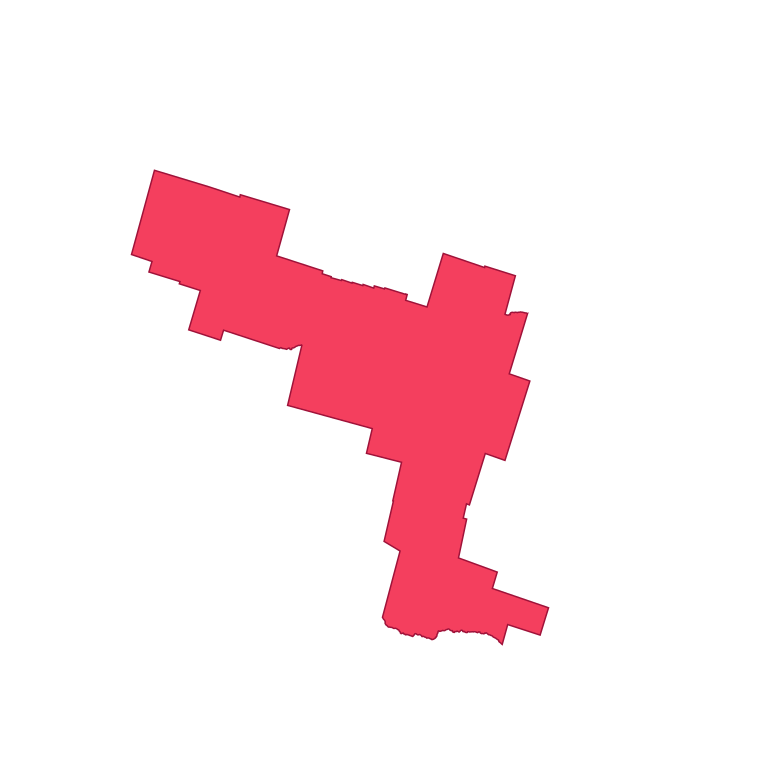 Tapalqué, Buenos Aires, Argentina, rotated 243°
{"feature_id": "61730980B32563213852789", "entity_name": "Tapalqué", "entity_type": "district", "adm_level": 2, "iso_a3": "ARG", "parent_name": "Argentina", "parent_adm1": "Buenos Aires", "projection": "robinson", "projection_center": [-60.563, -36.37], "detail": "fine", "context": "isolated", "style": "filled", "palette": "rose", "viewbox_px": 768, "rotation_deg": 243, "n_neighbors": 0, "source": "geoboundaries", "source_scale": "gbopen_adm2", "svg_char_len": 5939}
<svg xmlns="http://www.w3.org/2000/svg" viewBox="0 0 768 768"><g transform="rotate(243 384 384)"><path d="M614.0,217.8L598.5,232.9L590.5,225.4L567.9,248.7L566.2,247.1L550.7,262.8L520.9,234.6L497.2,258.2L504.8,265.5L463.1,307.0L463.2,307.3L463.2,307.5L463.2,308.1L463.3,308.4L463.2,308.7L462.6,309.2L462.3,309.2L461.9,309.5L461.1,310.7L460.4,311.6L460.3,311.9L460.1,312.2L459.6,312.4L459.3,312.7L459.1,313.0L459.2,313.7L459.2,314.2L459.3,314.6L459.3,314.9L459.2,315.1L459.1,315.7L458.9,316.0L458.3,315.9L457.8,316.1L457.6,316.2L457.3,316.2L456.8,317.1L456.8,317.5L457.1,317.7L457.5,317.9L457.7,318.4L457.6,319.2L457.3,319.6L457.2,319.9L457.2,320.3L457.3,321.4L457.3,321.8L457.4,322.2L457.5,322.6L457.5,323.0L457.4,323.2L457.3,323.6L457.3,324.0L457.3,324.7L457.3,325.0L457.1,325.6L456.9,325.8L456.6,326.6L456.3,327.5L456.2,328.0L456.2,328.3L455.8,328.4L408.7,288.4L349.6,353.3L330.2,336.9L306.3,364.1L275.9,338.8L275.5,339.3L243.7,312.6L227.9,322.5L176.8,276.7L176.2,276.7L175.8,276.8L174.7,276.8L173.5,277.2L173.2,277.3L172.8,277.2L172.0,277.2L171.6,277.2L171.2,277.0L170.9,276.8L170.7,276.5L170.3,276.4L169.9,276.3L168.8,276.4L168.5,276.4L168.1,276.6L167.7,276.9L166.2,277.3L165.8,277.4L165.5,277.6L165.2,277.9L165.0,278.3L164.8,278.7L164.6,279.0L163.9,279.8L163.6,280.5L163.3,280.7L163.1,280.9L162.3,281.3L161.8,281.7L161.6,282.0L161.3,283.0L161.1,283.4L160.2,284.2L159.9,284.4L159.1,284.6L158.9,284.9L158.3,285.4L158.0,285.5L157.0,285.4L156.7,285.5L156.4,285.7L155.5,285.8L155.2,285.8L154.9,285.6L154.7,285.6L154.5,285.8L154.2,285.8L153.8,285.9L153.7,286.1L153.7,286.5L153.6,286.9L153.5,287.4L153.5,287.7L153.3,287.9L153.3,288.0L153.2,288.2L152.9,288.1L152.6,288.1L152.4,288.3L152.2,288.3L151.7,288.9L151.5,289.1L151.2,289.1L151.1,289.3L150.8,289.4L150.5,289.6L150.5,290.0L150.6,290.4L150.5,290.6L150.4,290.6L150.0,291.2L149.5,291.6L149.3,291.8L149.2,292.1L149.0,292.3L148.4,292.7L148.1,293.0L147.9,293.1L147.6,293.6L147.2,293.9L147.0,294.1L146.3,294.6L146.1,294.8L146.0,295.1L146.3,295.9L146.5,296.1L146.6,296.7L146.7,297.0L146.9,297.1L147.1,297.8L147.3,297.9L147.4,298.2L147.4,298.4L147.1,299.0L146.8,299.3L146.1,299.5L145.6,299.9L145.3,300.0L145.0,300.8L144.7,301.1L144.7,301.3L144.7,301.6L144.6,302.1L144.2,302.4L143.3,302.9L142.7,303.1L142.0,303.1L141.7,303.2L141.6,303.3L141.5,304.2L141.3,304.5L140.9,304.8L140.6,305.1L140.3,305.2L139.9,305.5L139.4,306.2L139.1,306.4L138.3,306.6L138.1,306.9L138.0,307.1L138.0,307.4L137.8,307.9L137.2,308.8L136.9,308.9L136.7,309.0L136.3,309.4L135.6,309.9L135.4,310.0L135.3,310.3L134.9,310.4L134.7,310.5L134.4,310.7L134.4,310.9L134.4,311.3L134.1,312.1L134.1,312.6L134.2,312.8L134.2,313.6L134.3,313.9L134.3,314.4L134.5,314.8L134.8,314.9L134.8,315.4L134.8,315.6L135.2,316.0L135.3,316.5L136.3,317.3L136.8,317.5L137.1,318.0L137.5,318.7L137.8,318.8L138.0,319.0L138.2,319.3L138.3,319.5L138.6,319.6L138.8,319.7L139.1,320.0L139.2,320.3L139.2,320.6L139.1,320.8L138.6,321.1L138.4,321.2L138.3,321.5L138.2,321.7L138.2,321.9L138.0,322.4L137.9,323.3L137.9,323.6L137.8,323.8L137.8,324.4L137.7,324.6L137.0,325.4L136.8,325.9L136.7,326.5L136.9,327.9L136.6,328.9L136.6,329.8L136.4,330.4L136.2,330.6L135.5,330.9L135.4,331.0L134.8,331.0L134.1,331.6L133.8,331.8L133.5,332.0L133.5,332.3L133.3,332.8L132.7,333.0L132.5,332.9L132.2,332.8L132.0,332.7L131.7,332.8L131.2,333.2L130.8,333.9L131.1,334.1L131.2,334.4L131.2,334.6L131.2,334.8L131.0,335.1L130.7,335.6L130.6,336.0L130.7,336.8L130.6,337.0L129.6,337.8L129.3,338.0L129.1,338.1L128.9,338.3L128.9,338.6L129.0,338.9L129.3,339.7L129.4,340.1L129.6,340.5L129.5,341.0L129.3,341.5L129.0,341.8L128.7,341.9L128.3,342.1L127.9,341.9L127.4,342.1L127.2,342.4L127.1,342.9L127.1,343.1L126.9,343.4L126.6,343.4L126.3,343.5L126.1,343.5L125.6,344.0L125.3,344.3L124.9,345.0L124.8,345.5L125.1,345.8L125.3,346.0L125.3,346.4L124.8,347.0L124.2,347.6L124.1,347.8L124.0,348.3L123.8,348.6L123.7,348.9L123.3,349.8L123.2,350.1L123.0,350.6L122.6,350.9L122.5,351.3L122.5,351.7L122.3,352.0L122.1,352.3L121.9,352.7L121.4,353.3L120.9,353.5L120.7,353.8L120.0,354.4L119.9,354.6L120.0,355.0L120.1,355.4L120.2,355.6L120.0,356.0L119.6,356.4L119.5,356.8L119.1,356.8L118.4,356.8L118.2,356.9L117.8,357.2L117.3,357.6L116.9,358.6L116.6,359.0L116.3,359.2L116.0,360.0L116.3,360.6L116.3,360.9L115.9,361.2L115.8,361.5L115.9,361.8L115.8,362.1L115.7,362.3L114.8,362.7L114.1,363.0L113.8,363.0L113.0,363.5L112.3,364.6L111.5,365.0L111.0,365.6L110.8,365.8L109.8,366.3L109.4,366.3L109.0,366.5L107.2,367.8L107.1,368.0L106.7,368.2L106.0,368.5L105.4,368.8L104.6,369.2L103.8,369.8L103.5,369.8L103.2,369.7L102.8,369.5L102.3,369.6L101.8,369.6L101.5,369.8L100.8,370.2L100.4,370.4L99.8,370.5L99.0,370.8L98.3,371.1L113.5,385.0L89.4,409.1L101.6,420.9L109.9,429.0L152.6,387.7L165.0,399.5L195.2,371.4L226.1,396.3L228.5,393.7L239.8,403.1L237.5,405.2L276.1,442.7L261.0,457.1L320.4,515.3L336.2,500.2L381.5,543.8L381.5,543.7L382.2,543.4L382.4,543.3L382.6,543.1L382.9,542.7L383.4,541.8L384.0,541.3L384.4,540.7L385.0,540.2L385.2,539.8L385.4,539.4L385.6,539.1L385.9,538.8L386.1,538.5L386.3,538.2L386.3,537.9L386.4,537.6L386.4,537.3L386.6,537.0L386.9,536.4L387.0,535.4L387.1,535.2L387.3,535.1L387.5,535.0L387.6,534.6L387.8,534.3L388.1,533.9L388.3,533.7L388.5,533.3L388.5,533.0L388.4,532.7L388.6,532.4L388.9,531.9L389.4,531.2L389.8,530.6L389.8,529.8L389.9,529.5L389.9,529.3L389.8,528.9L389.6,528.6L389.3,528.0L389.0,527.9L388.8,528.2L388.6,528.1L388.5,527.7L388.7,527.4L388.7,527.2L388.9,526.7L388.9,526.2L388.9,525.7L389.2,525.6L389.4,525.1L389.6,524.8L390.5,524.1L390.6,523.9L390.8,523.7L391.0,523.5L391.3,523.5L420.8,550.2L443.2,527.4L442.1,526.5L473.4,496.1L433.1,457.3L448.7,441.3L453.2,445.3L454.3,444.2L454.0,444.0L469.2,428.4L468.5,427.6L475.8,419.9L474.1,418.4L482.2,410.6L481.3,409.8L489.0,401.9L488.4,401.3L496.2,393.7L495.6,392.9L500.0,388.1L502.8,385.0L503.6,385.7L510.3,379.0L512.6,380.8L546.9,346.5L582.3,379.0L617.9,341.9L616.0,340.4L638.6,318.1L678.6,276.5L614.0,217.8Z" fill="#f43f5e" stroke="#9f1239" stroke-width="1.5"/></g></svg>